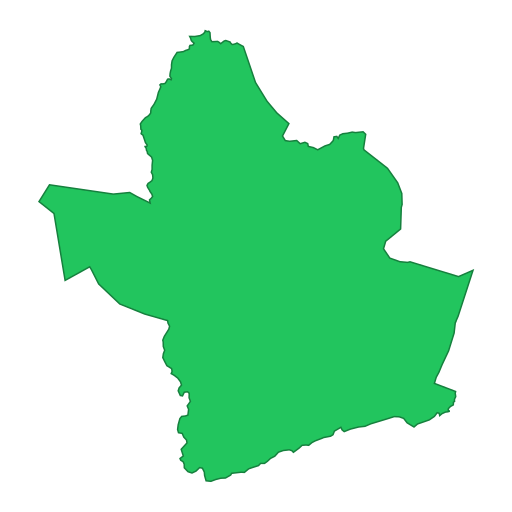 outline of Kwaya Kusar, Borno, Nigeria
{"feature_id": "59680162B43497988326934", "entity_name": "Kwaya Kusar", "entity_type": "district", "adm_level": 2, "iso_a3": "NGA", "parent_name": "Nigeria", "parent_adm1": "Borno", "projection": "orthographic", "projection_center": [11.874, 10.484], "detail": "fine", "context": "isolated", "style": "filled", "palette": "green", "viewbox_px": 512, "rotation_deg": 0, "n_neighbors": 0, "source": "geoboundaries", "source_scale": "gbopen_adm2", "svg_char_len": 3896}
<svg xmlns="http://www.w3.org/2000/svg" viewBox="0 0 512 512"><path d="M205.2,30.7L204.8,32.2L203.2,33.9L200.2,35.6L194.8,36.5L189.7,36.4L190.6,38.2L191.2,40.3L192.1,41.5L194.1,43.2L192.8,45.1L190.0,45.4L189.4,46.6L189.4,48.9L187.7,49.8L185.7,50.4L183.4,51.6L181.3,51.9L179.3,52.2L177.1,52.4L175.4,55.0L173.9,57.3L172.1,60.8L171.5,64.7L171.5,68.2L170.6,71.0L170.1,73.6L169.9,76.2L171.5,78.7L171.1,79.8L169.0,78.9L167.6,79.2L166.4,81.5L165.1,83.4L163.1,83.9L161.0,83.9L159.9,84.9L160.8,86.8L159.7,89.5L158.4,92.4L157.5,96.0L156.7,99.2L155.7,101.1L154.0,104.4L152.7,106.2L151.2,108.3L150.8,110.8L150.7,113.0L149.4,114.8L147.7,116.4L145.4,117.7L143.6,119.7L142.3,121.1L141.3,122.5L140.3,124.0L140.7,125.7L140.8,128.0L140.9,129.3L141.8,130.1L141.7,131.6L141.1,133.7L143.0,135.2L145.5,142.7L147.2,145.0L146.8,146.3L145.1,146.5L145.4,147.2L146.2,148.2L146.5,150.4L147.3,151.6L147.4,153.1L148.2,154.2L149.6,155.3L151.6,157.1L152.6,160.4L152.1,165.2L152.1,169.5L151.3,172.2L152.6,174.7L152.9,178.0L152.0,180.6L149.8,182.3L148.1,183.4L147.0,185.4L147.6,187.2L148.6,188.9L149.6,190.4L150.0,191.5L150.8,192.6L151.9,194.2L152.6,196.5L151.4,198.1L149.5,199.9L150.2,203.1L137.0,196.6L129.7,192.5L113.3,194.1L49.5,184.8L39.0,201.6L54.0,213.5L65.1,280.4L89.7,266.8L91.4,269.6L98.7,284.0L119.8,304.0L144.6,314.0L167.6,320.6L168.0,323.1L169.6,326.2L168.8,329.2L165.8,334.0L164.3,336.4L162.8,340.2L163.2,342.0L163.3,346.5L164.7,350.3L163.4,353.6L162.8,357.6L164.8,361.7L166.9,365.7L171.6,368.6L172.1,371.4L171.2,373.6L173.7,375.0L177.7,378.0L180.5,381.8L181.5,385.1L179.1,387.9L178.2,390.8L180.3,395.5L182.5,395.9L184.3,392.2L187.6,391.8L189.2,393.3L189.1,397.8L190.4,401.3L189.1,403.3L187.2,405.9L188.6,409.3L187.9,415.1L185.4,416.0L181.7,416.4L179.9,418.6L178.2,424.7L177.6,429.5L178.5,432.7L182.2,433.4L183.8,437.1L186.5,440.0L187.0,442.9L184.1,446.1L181.2,449.3L183.3,456.0L180.0,458.5L180.7,460.2L183.2,461.8L184.2,464.2L184.3,467.8L188.0,471.7L192.0,473.0L196.0,471.1L199.6,467.6L202.4,468.2L204.3,472.0L204.6,475.5L206.1,480.8L210.9,481.3L215.7,479.5L220.8,478.2L225.5,478.0L230.7,475.0L231.6,473.3L241.3,472.2L244.4,472.4L248.7,468.8L252.5,467.5L258.5,465.6L260.6,463.4L264.5,463.4L267.4,461.3L270.5,458.4L274.8,456.2L278.4,452.2L283.3,450.5L289.3,449.8L291.9,450.7L293.4,452.3L299.1,448.1L302.1,445.3L306.1,445.0L308.7,445.3L311.9,442.6L315.1,440.9L321.7,438.4L323.7,437.5L323.8,437.5L330.6,436.2L333.0,434.7L334.4,431.1L340.9,427.3L342.1,429.9L344.2,431.6L350.4,429.1L358.6,427.0L365.0,426.3L370.8,423.8L377.4,421.8L387.9,418.6L394.2,416.6L399.2,416.8L403.7,418.4L407.1,422.8L414.0,427.0L417.5,424.0L429.3,419.9L434.4,416.4L437.2,412.7L439.2,413.3L439.7,415.6L441.9,413.7L445.4,412.1L447.8,411.8L449.2,411.4L449.1,410.7L448.2,410.2L448.2,409.0L449.2,407.7L450.6,406.4L453.3,404.9L453.4,403.6L453.4,402.3L454.6,401.3L454.4,400.0L454.7,398.7L455.7,396.7L455.5,395.0L455.2,393.5L455.6,391.5L434.4,383.4L436.2,377.3L438.9,372.3L442.1,364.6L448.6,350.8L454.1,333.1L455.3,322.5L455.6,322.3L455.7,321.7L456.0,321.4L456.1,320.8L458.1,316.2L473.0,270.3L458.5,276.6L410.0,261.8L407.6,262.4L399.9,261.7L389.8,258.1L383.5,248.8L385.7,241.2L400.6,229.0L401.3,207.4L402.1,204.5L401.8,193.5L397.7,182.8L387.5,168.3L364.0,149.9L363.5,148.4L365.7,134.3L363.1,131.8L355.5,132.6L352.2,132.1L347.5,133.2L342.9,133.7L339.8,135.1L338.2,138.4L336.8,136.4L334.0,136.8L333.3,140.5L331.6,142.4L329.7,144.4L325.0,145.9L317.7,149.8L313.4,147.6L308.3,146.4L307.7,143.6L304.9,142.3L300.2,143.7L296.7,140.5L289.7,141.3L285.3,140.6L282.5,136.0L288.9,123.6L276.8,112.9L267.0,101.2L255.5,82.5L243.3,46.5L239.4,44.4L238.3,43.8L237.0,43.0L236.1,43.5L235.4,43.8L233.3,44.4L232.2,44.5L230.8,43.3L230.1,42.0L228.4,41.4L225.7,40.5L224.0,41.1L222.2,42.5L220.7,43.7L219.4,42.5L217.6,41.4L214.2,41.6L211.9,41.7L210.6,39.7L210.3,37.7L210.1,34.9L210.0,32.7L208.8,31.2L207.3,31.6L205.2,30.7Z" fill="#22c55e" stroke="#15803d" stroke-width="1.5"/></svg>